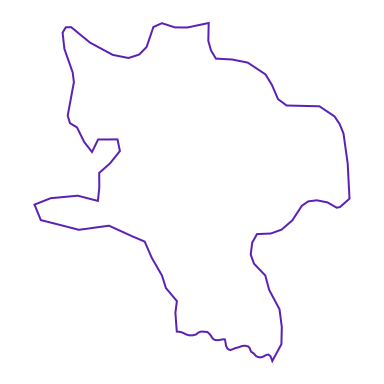 Vagharshapat, Armavir, Armenia (Mercator projection)
{"feature_id": "60910142B34420650241433", "entity_name": "Vagharshapat", "entity_type": "district", "adm_level": 2, "iso_a3": "ARM", "parent_name": "Armenia", "parent_adm1": "Armavir", "projection": "mercator", "projection_center": [44.272, 40.151], "detail": "fine", "context": "isolated", "style": "outline", "palette": "violet", "viewbox_px": 384, "rotation_deg": 0, "n_neighbors": 0, "source": "geoboundaries", "source_scale": "gbopen_adm2", "svg_char_len": 1543}
<svg xmlns="http://www.w3.org/2000/svg" viewBox="0 0 384 384"><path d="M77.0,127.4L84.2,142.0L92.0,152.0L98.1,139.5L117.5,139.4L119.9,151.0L109.9,163.5L99.2,172.9L99.3,187.7L97.9,200.9L77.7,195.7L50.7,198.2L34.5,204.6L40.8,220.1L58.7,224.6L78.8,229.8L109.0,225.7L132.2,236.3L144.7,241.6L151.8,257.9L162.0,275.6L165.9,288.0L176.9,301.1L175.4,312.8L176.3,325.2L176.8,331.6L177.4,331.6L181.1,332.1L183.6,333.1L186.6,334.6L189.3,335.3L192.8,335.3L196.0,334.5L198.2,332.7L200.4,331.7L202.8,331.6L207.3,332.0L209.6,334.0L211.0,335.8L212.2,337.9L213.9,339.5L215.6,340.1L218.7,340.1L223.1,339.3L224.9,339.4L225.7,343.5L226.0,345.8L227.4,348.5L228.8,349.6L230.5,350.0L232.3,349.4L235.1,348.2L239.2,347.1L241.9,346.0L244.9,345.7L248.1,346.4L249.7,348.1L250.4,350.0L251.1,351.7L253.8,353.5L255.8,355.9L257.9,357.0L260.5,357.4L262.9,356.8L265.9,355.1L268.3,354.5L270.4,356.1L271.4,358.5L272.3,361.0L281.4,344.2L281.8,327.0L279.5,309.2L269.2,290.0L265.3,275.5L254.0,263.7L250.7,254.6L252.2,242.7L257.0,234.1L270.9,233.5L281.6,229.6L292.3,220.4L301.8,205.8L308.2,201.4L316.8,200.3L327.5,202.4L336.7,207.7L339.9,207.1L349.5,198.7L347.7,163.7L343.5,133.5L339.6,124.0L334.5,116.4L319.4,106.3L286.6,105.5L278.0,99.1L272.0,85.1L265.5,74.4L247.7,62.6L232.1,59.5L215.9,58.6L211.0,50.5L208.3,40.8L208.7,23.0L187.2,27.5L174.9,27.4L161.9,23.2L153.4,27.0L146.6,47.0L139.1,54.6L128.4,58.0L112.8,54.9L90.1,42.7L71.2,27.2L65.8,27.3L62.6,32.7L64.4,48.9L72.7,72.5L73.9,82.2L70.3,101.6L67.7,115.7L70.0,123.2L77.0,127.4Z" fill="none" stroke="#5b21b6" stroke-width="2"/></svg>